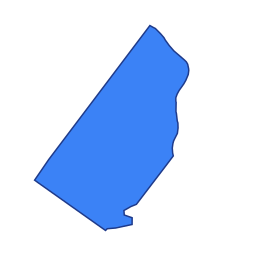 Clermont, Ohio, United States of America, rotated 211°
{"feature_id": "52423323B73529130957654", "entity_name": "Clermont", "entity_type": "district", "adm_level": 2, "iso_a3": "USA", "parent_name": "United States of America", "parent_adm1": "Ohio", "projection": "robinson", "projection_center": [-84.222, 39.021], "detail": "fine", "context": "isolated", "style": "filled", "palette": "blue", "viewbox_px": 256, "rotation_deg": 211, "n_neighbors": 0, "source": "geoboundaries", "source_scale": "gbopen_adm2", "svg_char_len": 757}
<svg xmlns="http://www.w3.org/2000/svg" viewBox="0 0 256 256"><g transform="rotate(211 128 128)"><path d="M94.5,28.6L93.9,31.0L87.1,35.9L74.8,47.4L78.2,53.2L86.4,51.5L89.0,55.2L85.1,62.1L81.5,66.9L76.3,113.4L74.8,127.4L76.8,129.5L79.7,133.6L81.5,137.8L82.2,140.3L82.4,142.0L82.9,148.8L85.1,153.8L87.8,158.0L89.4,159.4L94.0,165.4L95.3,166.7L99.0,173.1L99.9,174.7L100.8,175.6L102.6,178.6L103.3,182.2L103.4,183.7L103.5,185.9L103.5,186.7L102.9,194.4L103.0,198.7L103.7,203.5L103.9,204.8L104.0,205.1L105.6,208.7L106.7,210.2L109.7,213.4L112.0,214.7L114.4,215.3L128.3,217.7L135.1,219.9L141.4,222.6L143.6,223.9L148.4,225.5L155.8,227.4L158.5,227.2L162.0,227.1L179.7,60.3L181.2,35.2L176.8,34.8L94.5,28.6Z" fill="#3b82f6" stroke="#1e3a8a" stroke-width="1.5"/></g></svg>